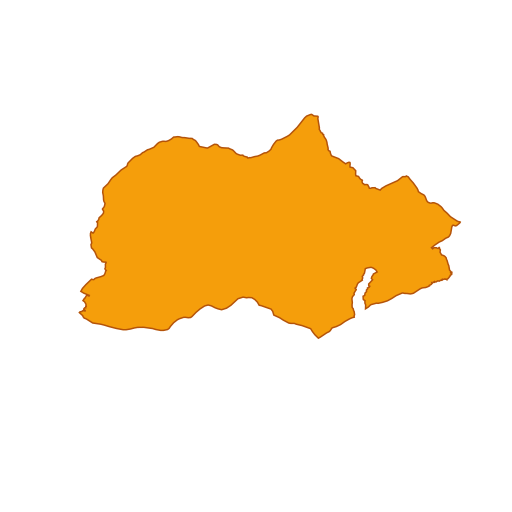 the district of Petrova, Maramures, Romania, rotated 131°
{"feature_id": "2599482B68695262569516", "entity_name": "Petrova", "entity_type": "district", "adm_level": 2, "iso_a3": "ROU", "parent_name": "Romania", "parent_adm1": "Maramures", "projection": "equal_earth", "projection_center": [24.184, 47.831], "detail": "fine", "context": "isolated", "style": "filled", "palette": "amber", "viewbox_px": 512, "rotation_deg": 131, "n_neighbors": 0, "source": "geoboundaries", "source_scale": "gbopen_adm2", "svg_char_len": 6125}
<svg xmlns="http://www.w3.org/2000/svg" viewBox="0 0 512 512"><g transform="rotate(131 256 256)"><path d="M414.6,352.2L414.7,347.6L415.3,346.6L415.4,345.6L415.6,345.1L414.8,342.7L413.7,335.3L409.3,328.4L407.6,325.0L405.7,320.7L402.2,313.7L398.8,307.9L396.9,305.7L393.5,302.9L390.1,300.6L387.5,298.5L383.5,294.0L378.6,286.5L377.2,283.4L374.6,279.0L372.8,277.0L369.5,274.5L367.7,274.1L365.1,274.4L360.3,274.4L355.7,273.5L353.5,272.6L349.8,270.4L348.6,269.1L347.0,266.6L345.3,265.0L343.7,264.6L337.9,264.3L332.6,263.5L327.4,262.0L324.4,260.0L322.9,257.0L321.9,252.9L320.8,250.0L319.1,246.7L314.7,244.0L309.6,242.6L300.1,241.6L295.5,238.8L293.7,235.7L292.2,234.4L290.2,231.8L289.6,228.3L289.9,224.7L291.1,221.3L290.1,219.6L286.2,209.8L286.8,207.1L288.9,203.8L287.1,197.7L286.5,193.4L285.1,187.3L284.0,185.5L281.7,182.8L281.1,181.0L278.3,175.6L275.0,167.1L276.0,163.8L276.8,159.9L277.1,155.0L274.9,154.2L267.5,152.2L265.2,151.2L263.7,151.0L260.6,151.4L259.8,151.1L256.6,149.1L252.3,147.2L246.9,145.9L241.7,144.0L239.6,143.0L237.7,141.7L236.9,142.6L235.6,143.1L233.6,145.4L233.1,146.6L232.0,148.1L231.8,149.4L231.6,149.8L229.7,151.6L228.0,152.7L225.3,155.6L223.4,156.5L220.7,156.5L219.8,157.6L216.6,158.2L215.8,158.2L215.4,158.5L215.5,159.8L215.1,160.2L213.7,159.9L210.7,161.0L209.1,161.2L204.5,159.9L204.2,160.5L202.7,161.0L202.2,161.5L202.0,162.2L201.4,162.4L199.6,162.4L199.3,162.8L197.8,162.9L193.8,165.2L191.7,164.0L189.1,161.8L188.6,160.8L188.1,159.0L187.9,156.4L188.6,154.1L192.6,155.6L193.0,155.3L195.6,155.0L197.2,154.3L197.5,152.4L203.2,152.6L204.5,151.4L204.2,150.3L205.1,150.1L207.0,150.9L207.6,150.2L209.3,150.3L210.4,149.2L212.3,149.4L214.5,148.1L216.1,148.8L218.3,146.7L218.5,146.1L218.2,145.1L218.2,144.3L218.9,144.0L220.3,142.6L220.8,141.4L221.3,140.9L224.0,138.7L220.7,137.7L217.9,137.5L216.8,137.0L212.5,134.1L211.6,132.8L208.0,130.1L203.6,127.4L199.1,125.7L193.9,124.2L188.1,121.4L187.5,120.8L186.8,119.4L185.1,117.3L183.4,114.7L182.1,113.6L180.7,112.7L173.5,110.7L171.7,110.0L170.5,109.2L168.5,107.3L166.1,106.0L165.0,105.8L164.8,105.5L164.3,105.9L163.4,105.4L162.4,105.1L161.9,105.2L161.7,104.9L161.8,104.7L161.1,105.5L161.1,105.1L160.4,105.0L159.6,105.1L159.0,104.3L158.7,104.7L158.1,104.6L158.0,103.8L157.5,103.1L155.7,102.6L154.6,101.1L153.3,100.8L152.6,100.0L151.7,100.3L151.3,100.1L151.6,99.6L151.0,99.5L150.2,98.8L149.3,98.4L149.4,97.9L148.7,97.1L148.7,96.3L147.9,96.6L147.1,96.2L144.8,96.3L143.7,96.4L143.2,96.8L141.6,96.2L140.8,96.7L140.7,96.8L141.0,97.2L140.2,97.4L140.6,97.7L140.7,98.3L139.9,98.4L139.7,100.6L136.8,104.2L136.1,105.7L134.0,108.9L133.5,110.2L132.7,111.1L132.4,112.8L132.4,113.8L133.0,115.8L133.4,116.3L133.3,117.0L132.4,119.6L130.5,120.8L129.9,122.5L129.4,123.0L129.4,123.4L130.8,123.5L131.2,124.2L131.4,125.2L132.9,127.1L134.7,127.4L134.6,129.0L131.0,128.4L125.3,126.9L122.3,125.5L118.2,124.5L115.4,123.2L113.7,123.2L111.2,123.9L105.4,127.4L104.1,127.7L103.4,127.5L102.5,125.3L101.5,124.6L97.4,123.9L96.4,124.1L96.4,124.4L97.3,125.9L97.7,127.4L98.7,134.4L98.7,136.3L98.5,137.7L98.3,140.3L98.3,144.1L97.6,146.9L97.4,148.5L97.6,152.7L98.8,156.1L99.7,157.4L101.2,158.5L101.8,159.2L102.6,161.4L102.3,163.4L100.4,166.9L99.9,168.3L99.8,169.4L100.6,172.6L100.9,175.6L99.9,177.2L99.2,178.9L97.7,185.2L97.1,189.9L96.4,193.0L97.0,195.1L97.6,195.1L98.2,195.4L99.7,197.2L100.4,197.5L106.3,198.6L117.7,203.9L122.6,205.5L124.8,205.5L126.5,210.2L126.3,210.9L128.5,213.3L129.6,213.8L130.5,214.9L129.8,216.2L129.0,218.4L129.3,219.2L131.1,221.1L130.9,221.9L131.2,223.1L130.8,224.1L129.9,225.1L129.1,225.3L129.0,225.5L129.4,226.9L129.4,228.5L128.7,230.8L129.9,233.3L128.8,234.6L126.2,236.7L125.8,240.8L127.2,243.3L126.4,244.2L124.8,245.3L123.8,246.4L124.2,247.3L125.8,248.2L127.6,248.8L128.0,252.1L128.3,257.5L130.8,264.5L130.5,265.6L129.7,267.1L128.4,268.8L128.8,270.3L128.4,271.5L127.3,272.3L124.8,275.8L123.8,276.9L122.5,278.9L121.9,280.5L121.5,282.3L120.7,284.1L120.1,284.5L120.4,285.4L119.7,286.3L120.2,287.7L118.8,291.5L117.8,292.1L111.7,299.5L110.2,300.4L110.0,301.1L112.3,304.2L112.6,306.9L113.5,307.7L117.2,309.6L119.8,309.9L131.8,309.3L142.6,310.1L145.2,310.9L151.3,313.4L153.4,314.7L154.5,315.8L156.1,316.2L160.2,316.0L164.0,315.3L165.8,314.7L168.4,315.0L171.3,315.9L172.8,317.4L177.2,319.1L179.5,320.3L181.8,322.2L185.2,324.4L186.0,325.4L186.7,325.8L187.5,326.8L187.1,327.5L188.4,330.1L188.7,331.4L188.5,332.1L190.3,334.0L191.4,337.0L191.7,338.2L191.3,342.4L191.4,343.5L192.4,346.4L192.6,347.5L195.5,351.2L197.0,353.3L197.1,354.0L197.5,354.7L197.6,355.9L197.3,357.8L197.7,359.0L199.0,360.7L206.3,363.4L206.7,363.9L210.3,370.3L210.3,371.3L209.7,372.4L209.0,375.3L208.6,377.4L209.1,379.6L209.2,381.4L211.1,383.7L213.4,387.4L215.1,389.5L216.2,391.8L217.3,393.4L219.0,394.9L220.3,396.2L223.1,396.6L225.8,397.5L227.4,398.3L228.8,399.3L229.9,400.9L230.9,401.9L233.6,403.6L235.7,404.1L241.0,404.4L245.6,406.6L247.0,407.6L251.0,408.7L252.4,409.4L255.5,409.8L258.1,411.1L260.0,412.4L263.3,413.2L269.7,413.6L270.8,413.3L272.0,412.6L273.3,412.4L279.5,414.2L287.0,414.9L291.2,415.8L293.6,415.7L298.5,415.1L304.9,415.7L306.7,414.8L308.6,413.4L310.7,410.7L313.6,407.9L314.4,406.8L315.4,404.4L318.2,402.9L321.3,402.7L321.7,401.9L321.8,400.9L322.6,400.0L323.9,399.2L326.7,399.1L330.1,399.5L331.6,398.7L333.4,398.4L335.2,398.9L334.5,398.3L334.4,397.9L334.7,397.5L337.7,395.1L338.4,394.9L341.0,395.0L343.6,394.1L345.4,393.9L345.7,394.2L345.9,396.3L347.6,395.7L348.3,395.1L349.5,394.1L350.2,393.0L350.4,393.0L353.1,389.5L354.0,388.5L355.7,388.0L357.8,385.5L357.8,384.0L358.6,380.3L361.3,374.8L360.7,369.8L361.3,368.5L360.7,367.3L359.1,365.2L359.4,364.7L361.0,364.3L363.4,362.1L364.7,361.7L365.2,360.6L365.1,359.6L366.1,359.5L368.5,358.4L370.6,358.1L373.3,359.5L377.4,362.2L378.6,362.8L380.1,362.9L380.7,363.4L381.4,364.9L389.1,365.6L394.3,365.7L397.6,365.0L397.0,361.5L395.1,356.0L395.8,355.8L396.5,358.1L400.5,357.4L400.6,357.7L403.2,357.3L403.0,355.4L403.9,352.8L405.3,351.2L405.6,351.5L406.8,350.6L407.0,351.1L407.6,351.3L408.5,351.3L409.2,351.1L409.2,349.2L409.7,349.0L410.0,349.8L410.6,350.5L411.3,351.0L412.1,351.0L413.6,352.2L414.6,352.2Z" fill="#f59e0b" stroke="#b45309" stroke-width="1.5"/></g></svg>